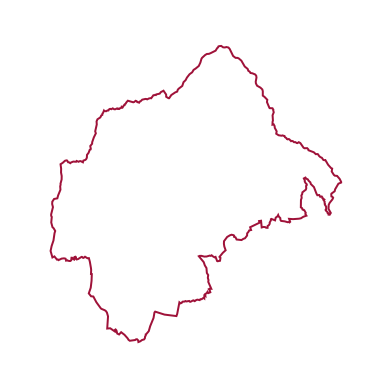 Vulcana-Bai, Dâmbovita, Romania (Robinson projection), rotated 81°
{"feature_id": "2599482B12480480579347", "entity_name": "Vulcana-Bai", "entity_type": "district", "adm_level": 2, "iso_a3": "ROU", "parent_name": "Romania", "parent_adm1": "Dâmbovita", "projection": "robinson", "projection_center": [25.367, 45.096], "detail": "fine", "context": "isolated", "style": "outline", "palette": "rose", "viewbox_px": 384, "rotation_deg": 81, "n_neighbors": 0, "source": "geoboundaries", "source_scale": "gbopen_adm2", "svg_char_len": 5937}
<svg xmlns="http://www.w3.org/2000/svg" viewBox="0 0 384 384"><g transform="rotate(81 192 192)"><path d="M234.8,340.1L234.1,338.0L237.7,335.9L237.6,335.1L238.4,334.5L237.4,331.2L237.5,328.8L237.9,327.7L238.1,327.3L240.1,327.1L239.9,325.9L240.4,325.4L241.0,323.8L241.1,323.0L240.6,322.0L238.1,321.3L238.2,320.7L239.5,320.1L240.2,319.1L238.2,318.6L237.8,318.2L237.7,317.2L238.4,316.8L240.0,317.1L240.6,316.5L240.4,315.0L238.8,311.2L238.9,310.8L240.0,309.9L240.1,309.4L239.2,307.8L241.1,305.6L241.2,304.2L244.9,303.8L251.3,303.7L253.3,303.8L257.2,304.6L257.4,303.8L264.0,305.1L270.7,307.0L276.0,309.8L279.2,308.0L279.8,305.8L285.9,303.7L292.4,300.4L293.2,299.8L295.1,296.7L296.1,295.7L297.7,294.9L301.7,294.4L313.6,297.1L313.8,294.1L317.7,290.0L316.1,289.6L315.8,289.0L316.9,288.3L320.1,288.0L321.3,286.3L319.4,283.9L322.5,281.0L326.4,278.5L328.1,277.8L329.2,276.7L329.3,271.3L328.8,270.5L328.8,269.4L330.1,268.4L331.8,268.4L331.4,266.5L330.4,264.6L330.1,262.4L329.2,261.5L327.3,260.9L326.5,260.1L325.4,260.0L325.2,259.4L322.7,256.5L318.0,254.3L310.4,249.7L305.1,247.9L304.4,247.1L308.8,238.3L312.1,226.8L310.1,225.7L299.0,221.7L300.2,220.7L299.8,219.4L299.0,218.7L298.8,218.0L299.1,217.1L298.7,215.5L299.2,214.9L299.2,211.8L300.0,211.3L300.2,210.6L299.3,208.1L299.3,207.3L300.2,206.7L300.2,206.3L299.3,204.6L299.2,203.4L300.0,201.3L299.2,200.5L299.4,199.3L298.3,197.1L299.0,196.5L295.7,195.9L295.6,195.6L296.4,195.0L294.8,194.9L294.2,193.3L293.0,192.3L294.4,191.7L293.9,189.6L291.8,189.9L290.6,190.6L290.3,189.8L290.6,188.1L283.3,190.0L281.6,189.5L279.3,189.8L276.6,189.0L274.3,190.0L269.4,189.6L266.5,190.8L263.1,191.4L256.5,195.3L256.3,194.5L256.5,192.8L257.7,190.0L258.0,187.8L257.6,184.4L258.0,183.5L257.6,182.5L258.6,181.7L260.1,179.9L259.8,178.9L264.1,178.0L264.4,177.5L264.3,175.1L261.5,174.2L260.4,175.0L256.9,171.1L254.8,167.9L250.9,168.6L248.2,168.6L245.6,168.1L241.9,164.3L240.7,161.3L240.4,159.6L241.2,157.6L241.8,157.2L242.8,157.5L243.6,156.1L245.9,155.4L247.2,150.6L246.3,148.6L246.0,146.9L243.6,144.4L241.5,144.0L240.2,142.5L238.9,141.5L238.8,139.6L235.9,140.1L232.9,130.2L231.2,130.3L231.2,128.3L237.9,128.7L237.7,126.6L238.2,125.1L238.9,124.4L239.2,123.0L237.4,122.6L236.7,121.2L235.5,120.2L234.4,120.1L232.3,118.5L231.2,118.3L231.0,117.8L233.0,114.4L230.4,113.3L229.5,111.5L228.2,110.5L229.7,110.2L231.5,108.9L233.5,109.0L234.5,108.5L235.5,105.0L236.8,102.2L236.8,100.9L237.3,100.4L236.8,99.7L233.7,100.3L234.6,96.5L235.1,90.5L235.0,88.5L233.9,86.0L233.3,82.7L231.4,83.5L230.4,82.9L227.7,83.9L227.1,84.4L227.2,84.7L226.6,85.6L225.2,85.8L224.2,86.9L216.8,85.6L215.0,84.6L212.5,84.5L211.5,83.6L209.6,83.0L207.5,79.2L206.3,78.6L203.9,78.4L203.0,77.5L202.2,77.5L201.2,78.3L199.4,79.0L198.2,78.8L196.1,79.4L195.5,77.7L196.7,77.1L197.6,75.7L199.2,75.0L201.0,73.6L202.7,73.4L206.2,70.8L213.2,69.3L214.8,68.7L214.9,66.8L216.8,66.1L216.7,64.6L217.8,64.0L218.4,64.2L220.0,62.6L220.4,63.4L222.2,62.5L223.6,62.8L224.6,62.5L225.2,62.8L227.5,61.8L230.3,62.3L230.5,62.8L231.1,62.8L233.0,61.4L234.1,61.3L234.3,60.6L235.7,60.7L236.0,59.6L234.4,58.2L230.0,59.8L226.1,59.0L224.2,57.7L221.3,54.5L219.8,53.5L218.8,54.0L218.2,55.0L215.9,54.8L215.4,54.5L213.6,51.0L211.7,50.2L206.7,46.1L206.0,43.2L205.4,43.1L202.2,44.1L198.8,46.2L198.2,48.4L197.3,49.2L193.6,50.8L190.8,49.9L190.0,51.0L186.4,53.3L181.3,55.3L181.3,56.4L180.8,57.3L178.5,58.4L177.6,59.8L176.2,60.9L174.4,61.7L174.1,62.3L174.0,63.8L171.8,65.5L169.0,70.4L168.0,70.5L166.7,71.4L166.4,74.0L165.7,74.9L160.7,77.3L159.9,78.2L159.5,78.8L160.2,80.2L160.0,80.9L158.9,82.1L158.8,83.4L157.5,84.5L157.1,85.6L157.3,86.2L155.1,87.7L154.8,88.4L155.0,89.2L154.5,90.0L153.6,90.3L152.4,91.6L151.1,91.9L150.9,92.8L150.3,93.5L150.4,94.8L149.5,97.6L147.6,99.7L145.3,98.9L141.6,100.2L139.8,100.1L137.9,100.8L138.1,102.0L135.2,101.4L134.1,100.9L128.8,100.4L126.1,98.8L123.8,99.0L123.5,98.8L121.9,99.4L121.3,102.2L121.0,102.4L114.9,103.9L112.7,103.2L109.4,105.5L107.9,107.0L103.5,106.3L101.7,106.5L99.6,108.1L97.2,111.1L94.7,111.9L93.0,111.8L89.0,110.4L87.2,110.4L85.8,111.2L84.2,113.8L83.6,115.6L82.2,116.2L81.1,117.4L79.1,117.8L76.3,120.3L70.0,122.7L67.3,125.0L66.6,126.2L66.3,128.0L64.1,130.1L56.6,132.4L55.0,133.4L54.2,135.4L54.4,136.9L54.0,138.6L52.3,140.3L52.2,142.4L52.4,143.2L53.3,143.7L53.8,144.6L56.1,146.6L57.8,152.0L58.2,153.7L58.0,155.7L58.7,157.5L61.0,161.0L61.9,161.8L65.5,163.5L68.6,165.6L70.7,169.2L71.6,171.3L73.8,173.1L75.3,176.0L78.2,179.1L80.5,180.8L82.2,183.2L85.7,185.0L88.0,189.2L89.0,190.2L90.5,190.9L91.0,193.0L93.0,197.3L95.8,199.9L95.7,200.5L93.9,202.6L91.7,202.3L87.5,204.3L88.5,207.2L89.8,208.5L90.0,211.7L90.6,212.5L90.2,213.1L90.5,213.8L90.4,215.0L93.0,217.6L92.8,218.0L92.9,220.0L93.5,221.8L93.0,222.5L92.8,223.4L93.0,226.7L94.3,228.5L94.4,229.2L95.5,230.3L94.7,231.3L94.8,231.7L94.4,232.2L93.6,232.5L93.1,233.4L94.0,234.9L94.2,236.0L91.8,241.1L93.4,243.0L94.3,243.6L94.9,244.7L95.7,245.0L95.7,245.7L97.7,247.4L96.9,248.2L97.8,248.6L98.1,250.4L98.5,250.7L98.2,251.3L98.5,251.6L98.3,252.5L97.7,252.9L98.3,254.9L98.1,255.9L97.0,257.2L97.6,258.7L97.2,259.3L97.1,260.2L97.5,261.1L98.4,261.8L98.2,262.6L98.8,264.2L98.3,265.9L97.8,266.2L100.0,267.5L100.5,268.2L101.8,268.5L102.2,269.6L104.0,270.9L105.4,274.0L107.3,275.2L110.4,275.5L116.9,278.1L119.0,277.8L122.7,280.4L127.2,282.8L128.7,283.1L130.7,285.3L133.5,285.2L134.1,285.5L134.3,286.4L137.1,288.0L138.9,289.9L141.7,290.5L143.0,291.4L143.6,292.3L144.0,294.4L145.6,295.1L144.1,297.1L144.0,298.2L144.4,299.3L143.3,301.1L144.0,301.7L143.4,304.5L143.9,306.8L144.5,307.7L143.4,308.9L143.2,309.7L141.4,310.4L141.1,311.1L141.3,312.6L143.0,315.2L144.0,317.5L148.5,317.6L152.3,318.3L155.8,318.2L159.2,318.8L163.3,320.6L164.1,320.6L165.8,321.3L169.2,321.6L174.5,324.8L177.2,326.0L177.3,329.3L179.7,331.5L182.0,332.0L185.2,331.7L192.0,334.6L193.5,334.8L194.7,334.4L200.1,335.8L204.9,335.3L206.2,334.3L209.1,333.2L211.1,334.2L218.2,336.4L223.4,339.1L228.1,340.9L234.8,340.1Z" fill="none" stroke="#9f1239" stroke-width="2"/></g></svg>